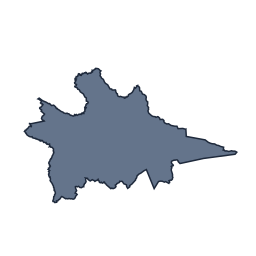 Sullana, Piura, Peru, rotated 259°
{"feature_id": "86281439B8738296483293", "entity_name": "Sullana", "entity_type": "district", "adm_level": 2, "iso_a3": "PER", "parent_name": "Peru", "parent_adm1": "Piura", "projection": "mercator", "projection_center": [-80.584, -4.688], "detail": "fine", "context": "isolated", "style": "filled", "palette": "slate", "viewbox_px": 256, "rotation_deg": 259, "n_neighbors": 0, "source": "geoboundaries", "source_scale": "gbopen_adm2", "svg_char_len": 5682}
<svg xmlns="http://www.w3.org/2000/svg" viewBox="0 0 256 256"><g transform="rotate(259 128 128)"><path d="M178.7,83.6L177.0,85.8L175.6,86.1L175.4,86.8L174.5,87.6L172.7,88.0L169.9,90.7L166.6,91.6L165.5,92.8L162.4,92.2L161.8,93.3L160.9,93.8L159.6,93.0L159.7,92.0L158.8,91.1L158.0,91.0L157.2,90.1L156.8,90.1L156.3,89.4L155.8,89.5L155.8,90.6L154.9,89.9L155.0,89.3L152.5,88.8L151.7,87.1L150.9,87.3L151.1,86.8L150.8,86.6L151.4,85.8L150.8,85.6L150.9,84.8L150.4,84.5L150.7,84.2L150.5,83.8L150.6,82.7L150.9,82.6L150.1,80.6L151.1,79.8L150.3,78.9L150.6,78.3L150.9,78.2L151.1,78.6L151.4,78.2L150.1,77.1L150.3,76.1L151.5,74.4L151.4,73.9L153.2,72.7L153.7,71.2L154.2,71.0L154.1,69.6L155.2,67.6L155.9,67.3L157.1,65.4L159.3,63.4L159.6,62.8L160.7,62.2L160.7,61.7L161.2,61.7L161.6,61.0L162.5,61.0L164.6,59.4L164.6,57.3L166.3,56.0L166.6,56.0L167.1,55.4L167.1,54.5L168.8,52.8L171.1,49.4L174.3,46.5L173.7,45.2L173.1,46.2L171.0,48.0L170.0,47.7L169.3,46.9L168.1,47.7L168.0,48.6L167.1,49.0L165.1,46.6L165.0,45.6L164.5,45.1L163.9,45.1L162.1,46.7L161.1,45.9L157.6,48.7L156.4,47.4L155.9,46.1L153.9,44.9L152.6,45.3L151.7,46.0L151.5,46.7L150.8,47.1L150.7,33.5L151.2,32.2L150.9,32.1L150.3,32.9L149.4,32.8L148.4,33.6L147.8,33.3L148.4,32.1L148.4,31.3L146.5,29.3L146.1,28.1L145.4,27.7L145.4,26.7L144.4,25.8L144.3,26.1L142.5,26.6L142.2,27.2L141.6,27.1L140.4,27.6L138.5,29.5L137.8,31.0L137.8,32.2L136.7,32.3L135.7,34.2L135.4,35.5L134.6,35.7L134.6,36.4L134.0,37.4L133.5,37.7L133.5,38.5L132.4,39.0L132.7,39.9L132.6,40.2L131.8,40.1L132.0,41.6L129.9,42.5L129.9,43.5L129.3,44.1L129.3,44.8L128.7,44.6L127.6,45.3L127.7,45.9L127.3,46.1L127.0,46.6L127.2,47.9L125.1,47.7L124.7,47.3L124.7,48.3L124.0,48.4L123.5,49.8L121.6,50.9L120.0,50.3L119.5,50.6L119.2,50.3L117.8,50.5L117.6,50.1L116.1,49.3L115.4,48.5L113.2,47.3L112.8,46.6L112.4,46.7L112.0,45.7L110.5,45.0L110.0,44.3L108.7,43.5L107.7,43.8L106.6,43.8L106.6,44.1L106.1,44.4L105.3,44.5L104.9,43.8L104.7,43.9L103.9,43.3L103.8,42.4L103.4,42.4L102.7,41.8L102.6,42.3L101.5,42.4L101.1,42.9L100.4,41.7L99.5,42.1L98.8,42.1L98.0,41.3L97.8,41.5L96.8,41.2L95.1,41.4L94.7,41.6L94.9,42.1L94.6,42.2L94.1,41.9L93.4,42.2L91.9,41.9L91.2,41.5L87.7,43.1L86.9,43.1L85.5,43.7L83.9,43.6L83.3,44.0L82.1,43.7L81.5,44.0L80.7,43.6L80.0,44.2L78.0,44.3L77.3,44.1L76.8,43.3L75.4,42.9L74.8,42.0L72.3,41.3L71.0,40.4L70.2,40.3L69.6,41.6L68.8,41.9L68.7,43.8L70.1,44.0L69.8,45.1L70.9,46.2L70.9,47.1L73.4,49.7L73.2,50.3L70.4,53.3L70.5,53.9L69.9,55.5L70.1,56.6L69.4,58.0L69.3,59.3L68.6,60.5L68.7,61.6L69.3,62.5L71.3,63.9L72.4,65.4L73.5,64.8L74.1,63.7L75.1,64.3L76.2,65.6L79.2,65.0L80.5,65.2L80.5,66.1L79.9,67.0L80.2,68.4L78.8,69.4L78.3,71.0L79.1,72.8L78.8,73.3L80.6,73.9L80.8,74.3L81.7,74.7L82.0,75.5L83.3,76.6L85.2,76.5L86.3,77.0L87.0,76.7L86.3,78.7L85.1,78.9L83.2,80.8L84.1,83.1L83.4,83.8L82.9,84.7L81.9,85.3L82.6,86.9L82.4,87.6L83.3,88.8L82.5,88.9L81.7,89.4L80.5,89.5L79.6,90.2L79.5,90.7L79.9,91.4L78.8,92.2L78.9,93.2L79.6,94.1L79.4,94.6L77.9,94.9L77.5,95.5L76.3,96.0L71.7,99.6L72.1,100.7L71.3,101.7L71.7,103.7L72.7,105.0L73.5,104.7L74.4,104.7L74.7,105.9L75.6,106.5L76.1,108.9L77.3,109.7L76.9,110.5L76.9,111.7L76.5,112.3L74.1,113.2L72.6,115.6L70.7,115.5L68.8,116.2L70.0,118.6L71.2,118.7L72.2,121.1L75.5,125.5L76.3,125.7L77.3,126.8L79.6,128.0L79.7,128.6L80.5,129.5L81.3,132.1L82.9,135.4L83.7,138.1L63.5,142.1L69.6,147.7L69.7,149.5L69.2,151.5L67.9,153.4L68.2,154.7L65.9,157.5L66.4,157.8L66.5,158.4L67.1,158.6L68.5,158.2L68.7,159.9L68.5,160.7L69.3,161.8L69.9,161.9L70.9,162.6L72.1,162.4L73.4,162.8L74.7,162.8L78.0,162.4L79.6,162.7L80.6,163.5L82.1,163.1L82.4,163.7L82.2,164.7L82.6,165.3L83.3,165.2L84.8,164.1L85.8,164.0L87.0,164.4L87.3,165.3L87.7,167.2L87.4,167.9L87.5,169.4L87.1,170.4L86.0,170.9L85.5,170.8L83.2,172.3L83.7,196.4L81.8,228.1L83.5,230.2L84.6,229.0L85.1,227.8L85.2,226.6L85.9,225.4L85.7,222.5L86.7,220.5L86.9,218.9L88.1,218.2L88.1,217.3L90.9,218.2L92.2,215.4L93.6,213.5L94.2,211.8L95.8,210.1L96.5,207.6L97.2,206.2L98.6,204.1L101.6,201.5L108.6,183.6L115.9,184.6L115.8,184.2L117.1,181.8L117.8,177.0L120.4,176.4L120.9,174.1L122.4,170.6L124.4,168.7L124.6,166.8L126.2,164.8L127.9,164.4L128.5,164.7L129.9,163.7L130.2,161.1L131.7,160.9L133.3,159.7L133.5,159.2L133.1,157.5L133.9,156.9L134.6,154.7L135.5,153.6L138.6,151.2L141.0,150.8L142.5,151.8L143.3,151.7L144.1,152.1L146.2,151.2L148.2,152.0L150.0,152.3L150.4,151.7L151.9,151.2L153.0,151.1L154.2,151.7L155.8,151.8L157.6,150.5L158.6,148.7L161.5,148.0L162.3,146.6L165.5,147.0L166.8,146.4L167.4,145.5L167.9,145.6L167.7,144.5L167.1,144.5L165.7,143.0L166.6,142.0L164.5,141.0L162.2,139.0L161.2,137.0L161.1,136.0L160.5,134.8L159.3,134.3L158.9,133.5L159.1,133.0L158.6,132.8L158.8,131.7L158.4,131.8L158.1,131.4L158.0,130.1L159.0,130.0L159.4,128.5L160.5,126.6L160.3,125.8L161.0,124.4L162.0,124.0L163.6,124.1L164.1,123.4L166.3,122.9L167.4,123.1L167.8,122.9L168.2,120.1L168.6,119.5L169.4,119.4L169.8,117.8L174.3,116.3L176.1,114.4L177.5,113.7L180.4,113.1L182.1,111.5L183.2,111.3L184.6,110.5L186.4,111.4L187.5,111.0L188.3,111.2L189.2,112.3L189.5,111.8L191.7,110.3L192.5,108.6L192.3,107.7L192.5,107.5L192.1,107.3L192.2,106.8L191.3,105.3L191.4,104.8L191.1,104.5L191.4,103.9L190.2,103.9L190.3,103.4L189.8,103.3L190.0,102.9L189.6,102.4L189.2,102.4L188.9,101.6L189.4,100.3L188.7,98.6L189.7,98.0L190.0,97.4L190.4,97.6L190.7,97.2L190.2,96.7L190.5,95.8L189.9,94.7L190.4,93.6L189.7,93.1L189.6,92.4L189.2,92.7L189.0,92.2L188.6,92.1L188.9,91.0L190.4,90.7L190.7,90.0L190.3,89.4L189.7,89.4L188.7,88.5L188.2,88.4L188.1,87.9L188.4,87.0L187.1,86.4L186.8,85.5L185.8,85.3L186.2,86.2L185.9,86.6L185.5,85.9L184.6,86.0L184.3,85.5L183.4,85.3L182.9,84.3L182.0,84.2L181.1,84.8L180.6,85.8L179.7,85.4L179.1,84.5L179.2,83.8L178.7,83.6Z" fill="#64748b" stroke="#1e293b" stroke-width="1.5"/></g></svg>